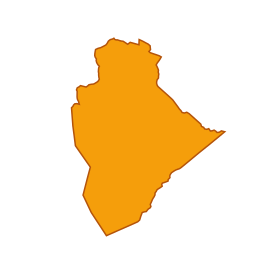 outline of Cariré, Ceará, Brazil, rotated 56°
{"feature_id": "56859067B46733430176329", "entity_name": "Cariré", "entity_type": "district", "adm_level": 2, "iso_a3": "BRA", "parent_name": "Brazil", "parent_adm1": "Ceará", "projection": "natural_earth1", "projection_center": [-40.549, -3.949], "detail": "fine", "context": "isolated", "style": "filled", "palette": "amber", "viewbox_px": 256, "rotation_deg": 56, "n_neighbors": 0, "source": "geoboundaries", "source_scale": "gbopen_adm2", "svg_char_len": 2009}
<svg xmlns="http://www.w3.org/2000/svg" viewBox="0 0 256 256"><g transform="rotate(56 128 128)"><path d="M211.2,172.4L210.8,169.8L209.6,168.3L208.2,166.6L207.1,165.0L206.0,163.5L206.6,161.5L207.5,159.5L206.9,157.9L206.5,156.3L206.6,154.5L206.0,153.0L203.7,152.2L202.5,150.1L201.1,148.0L200.3,146.5L199.7,145.0L198.6,143.1L197.0,141.9L196.3,140.0L195.4,138.3L195.4,136.7L195.5,134.3L195.4,132.2L193.6,131.6L192.9,130.3L193.4,128.7L194.0,126.3L194.4,124.5L193.2,123.5L192.6,121.0L191.1,120.2L190.2,119.0L189.4,116.9L189.4,114.2L189.5,112.0L189.9,110.3L190.5,108.1L190.5,106.1L189.9,99.7L188.3,83.7L187.4,73.2L187.3,71.5L185.6,53.8L185.2,49.9L182.6,52.2L182.6,54.6L181.5,56.7L179.8,57.0L177.9,57.8L177.4,59.8L176.5,61.4L173.7,61.4L173.2,63.4L171.6,65.0L169.8,64.9L167.8,66.2L165.5,65.5L150.3,69.3L147.8,70.5L147.1,72.9L145.4,74.5L143.1,74.4L141.0,74.8L138.7,74.8L129.6,75.2L124.1,76.5L112.2,79.5L110.3,80.0L108.4,79.8L107.0,79.3L105.8,78.5L104.3,76.9L103.6,74.8L101.9,73.6L100.5,72.3L98.6,71.7L97.1,70.4L95.0,69.9L93.3,69.6L91.5,69.4L90.5,67.5L89.6,64.9L88.7,62.7L87.7,60.7L85.6,61.7L82.8,63.8L80.5,65.6L77.9,67.5L76.3,67.9L75.6,65.5L73.5,64.4L72.2,63.7L69.6,64.4L67.3,65.7L65.9,66.4L64.2,67.3L60.9,69.3L65.1,72.4L58.2,78.3L58.4,81.4L53.4,83.5L52.0,85.1L50.7,86.2L49.1,87.4L48.3,88.6L47.1,89.5L45.7,89.5L45.6,91.0L44.8,93.3L45.0,95.7L46.2,98.0L46.8,100.0L46.5,102.8L46.1,105.8L45.2,108.3L44.8,111.0L46.3,112.5L47.8,113.9L49.4,115.1L51.1,115.6L53.1,115.6L54.3,116.7L56.3,117.4L58.8,117.6L60.8,117.2L61.6,118.5L62.7,119.5L64.8,121.1L66.4,121.8L67.6,122.7L69.7,123.8L71.5,124.5L72.6,127.0L72.5,130.4L72.3,132.0L71.2,134.0L70.3,136.2L70.6,137.9L70.6,139.8L66.3,143.7L66.5,145.5L66.3,147.6L67.6,149.4L69.1,149.6L73.7,152.8L75.0,153.5L76.4,154.0L78.0,154.1L81.1,155.1L79.2,156.7L78.2,158.6L78.5,160.3L79.3,161.7L79.6,163.5L95.4,172.5L105.2,177.4L113.3,181.5L120.0,181.4L139.4,181.1L146.6,189.4L158.5,202.8L177.5,205.7L199.7,206.0L205.2,206.1L211.2,172.4Z" fill="#f59e0b" stroke="#b45309" stroke-width="1.5"/></g></svg>